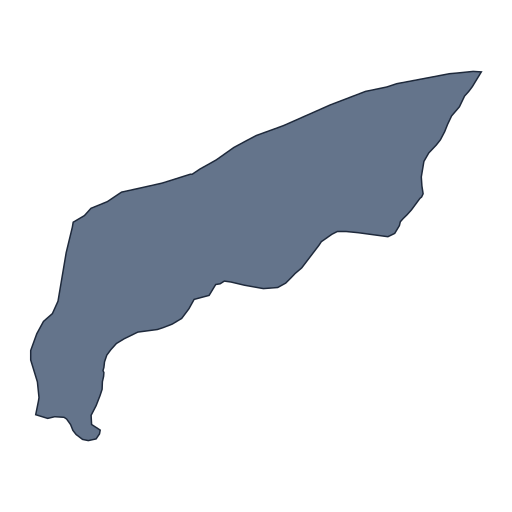 outline of Bassa, Kogi, Nigeria
{"feature_id": "59680162B66680936539808", "entity_name": "Bassa", "entity_type": "district", "adm_level": 2, "iso_a3": "NGA", "parent_name": "Nigeria", "parent_adm1": "Kogi", "projection": "albers", "projection_center": [7.028, 7.745], "detail": "fine", "context": "isolated", "style": "filled", "palette": "slate", "viewbox_px": 512, "rotation_deg": 0, "n_neighbors": 0, "source": "geoboundaries", "source_scale": "gbopen_adm2", "svg_char_len": 1507}
<svg xmlns="http://www.w3.org/2000/svg" viewBox="0 0 512 512"><path d="M481.3,71.9L473.2,71.4L456.4,73.1L449.5,73.7L396.7,83.7L386.7,87.0L365.5,91.4L330.5,104.8L283.5,125.6L256.3,135.5L254.2,136.6L246.4,140.7L233.8,147.5L216.1,160.0L200.0,169.0L192.1,174.3L190.4,174.2L162.1,183.1L142.1,187.6L121.6,192.1L118.4,194.2L107.4,201.6L91.0,208.3L84.5,215.5L84.4,215.6L73.2,222.2L72.3,227.4L66.2,252.6L58.0,301.2L52.4,313.6L43.5,321.4L36.8,333.7L30.7,350.5L30.7,360.0L37.4,381.9L39.0,397.6L38.4,401.3L35.7,414.7L47.7,418.4L54.7,416.7L64.0,417.3L66.6,419.0L70.6,424.6L72.9,430.4L76.1,434.5L82.5,439.4L88.3,440.6L96.1,438.9L99.5,433.9L100.2,430.1L91.6,424.5L91.1,415.3L96.1,405.7L100.1,395.4L102.1,389.3L102.4,381.7L103.6,376.4L103.9,372.6L103.0,370.6L103.9,367.4L104.3,363.9L104.5,361.9L106.8,355.1L110.9,349.6L116.4,343.5L124.1,338.8L137.8,332.1L157.4,329.5L162.9,327.7L172.2,324.1L181.7,318.4L188.9,308.8L194.1,299.4L201.5,297.4L209.1,295.4L215.7,284.5L220.1,283.8L224.3,281.1L230.9,282.0L244.4,285.2L263.4,288.6L277.7,287.5L285.7,283.1L291.1,277.7L295.1,273.5L301.7,267.9L319.0,245.2L321.3,241.7L322.0,241.2L332.0,234.2L337.3,231.5L346.1,231.5L358.3,232.7L387.9,236.7L394.7,233.4L399.4,225.6L400.3,221.8L403.2,218.5L407.0,214.8L411.5,209.8L419.9,198.4L421.6,197.0L423.1,193.8L422.9,192.4L421.9,185.9L421.3,176.9L423.9,161.4L428.8,152.9L436.3,145.0L440.4,139.8L444.7,131.6L447.6,124.3L451.6,115.9L459.4,106.8L464.6,96.0L468.6,91.6L472.3,86.7L481.3,71.9Z" fill="#64748b" stroke="#1e293b" stroke-width="1.5"/></svg>